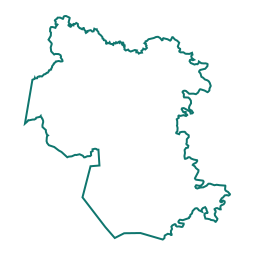 the district of Adansi South, Ashanti, Ghana, rotated 271°
{"feature_id": "2480657B97463209696641", "entity_name": "Adansi South", "entity_type": "district", "adm_level": 2, "iso_a3": "GHA", "parent_name": "Ghana", "parent_adm1": "Ashanti", "projection": "robinson", "projection_center": [-1.341, 6.005], "detail": "fine", "context": "isolated", "style": "outline", "palette": "teal", "viewbox_px": 256, "rotation_deg": 271, "n_neighbors": 0, "source": "geoboundaries", "source_scale": "gbopen_adm2", "svg_char_len": 5857}
<svg xmlns="http://www.w3.org/2000/svg" viewBox="0 0 256 256"><g transform="rotate(271 128 128)"><path d="M21.0,173.2L22.6,173.5L23.7,172.8L25.8,172.7L27.8,173.8L30.1,173.1L31.4,174.1L32.6,176.2L32.6,177.0L32.2,177.4L31.1,177.5L30.3,178.7L30.5,180.7L30.0,183.2L30.2,184.2L32.5,185.4L33.4,185.3L33.9,180.9L35.0,180.0L36.1,180.4L37.2,181.5L36.8,184.4L39.0,190.5L39.7,190.5L40.5,191.7L42.1,191.8L43.6,193.4L46.2,194.1L48.6,196.4L49.0,197.6L48.8,198.8L47.0,200.3L45.6,203.5L46.4,203.1L47.9,203.2L49.2,204.3L50.2,206.5L48.7,207.6L47.1,208.0L45.0,209.0L44.4,208.8L44.3,207.4L43.8,206.4L42.3,205.9L38.8,207.0L38.6,209.4L38.1,211.6L37.5,212.5L37.2,215.0L36.7,216.2L35.8,216.9L35.7,217.3L37.6,218.7L38.8,219.0L42.0,216.5L43.6,216.2L45.2,217.0L46.5,217.1L48.0,216.0L48.5,216.0L49.3,217.3L49.5,218.5L48.2,221.4L48.3,222.1L50.5,221.7L51.7,222.0L52.4,222.8L53.4,225.0L55.0,226.0L56.3,225.9L57.1,224.4L56.9,223.6L55.6,223.2L55.4,222.5L55.9,221.6L56.6,221.4L59.3,222.9L60.4,224.4L62.3,225.9L62.6,228.0L62.2,229.8L63.0,230.9L63.6,231.1L65.9,229.0L66.8,227.1L67.6,226.4L68.7,226.1L71.8,226.4L72.1,226.2L72.4,220.5L72.8,217.7L72.3,215.3L73.7,211.3L73.7,209.4L71.7,207.6L70.0,204.3L69.7,201.1L68.7,198.3L69.2,197.0L70.6,196.3L72.0,197.2L71.4,200.2L71.8,202.1L73.1,203.5L74.8,204.4L75.9,204.5L76.7,203.8L77.5,197.1L77.8,196.4L78.9,195.8L85.5,199.1L87.1,199.2L89.2,196.5L90.8,195.5L92.2,193.4L93.1,194.0L94.6,196.8L96.3,197.8L97.0,197.6L97.6,194.3L98.5,191.7L99.5,190.7L99.9,189.6L99.7,188.6L99.0,188.0L98.2,186.1L98.3,185.4L100.9,184.9L104.0,185.4L107.0,185.0L109.0,186.3L109.4,188.2L110.3,188.5L111.4,188.6L112.6,186.8L113.3,186.6L114.3,187.0L117.8,187.0L120.0,188.9L121.8,188.8L123.3,186.4L124.0,185.7L124.5,185.6L125.2,184.7L125.1,181.9L124.6,180.1L122.7,179.2L123.6,176.4L124.4,176.3L125.6,177.4L128.9,177.6L131.4,176.9L132.3,177.2L135.8,177.1L137.6,176.6L139.1,178.6L140.8,178.1L141.4,178.7L141.0,180.4L141.8,183.2L141.0,185.8L142.0,187.0L142.5,186.7L143.4,185.1L144.0,184.9L144.9,185.5L145.1,184.9L144.7,183.5L144.9,183.0L147.8,181.3L148.6,181.7L148.9,183.0L148.7,183.9L145.8,189.2L145.3,189.8L143.5,190.4L143.8,192.1L144.5,192.7L146.6,191.3L147.3,189.5L148.9,188.6L150.9,189.0L153.8,190.6L156.4,190.4L158.5,189.0L159.5,187.7L159.6,183.6L160.4,183.2L162.8,183.3L164.9,181.9L165.6,182.2L166.1,182.9L166.3,184.2L166.0,185.4L163.3,188.6L163.5,192.8L163.0,195.3L164.5,197.3L167.8,199.1L168.0,199.8L166.8,203.9L165.2,206.8L165.4,207.3L166.9,208.7L168.8,208.8L171.5,210.0L174.4,209.0L175.9,208.1L177.0,206.7L177.9,204.0L179.6,202.2L180.5,200.5L183.8,199.5L185.4,198.1L186.3,198.3L187.3,199.2L188.6,204.2L191.2,206.3L193.2,206.5L193.7,205.8L194.0,204.3L193.9,202.6L194.1,200.1L195.7,197.7L194.1,197.4L193.0,196.4L193.1,195.0L192.6,193.3L194.1,189.6L195.9,188.4L197.1,188.8L197.5,189.7L196.9,191.7L197.4,192.9L198.9,190.7L200.7,190.0L201.8,190.3L202.4,191.2L204.3,190.7L203.2,188.2L203.2,184.8L203.4,183.9L204.6,182.2L204.6,179.2L205.2,178.1L205.8,177.9L207.0,178.8L208.1,178.7L209.0,177.1L210.4,176.4L214.2,177.7L216.2,175.6L217.2,173.5L219.6,171.2L219.5,170.6L216.5,169.2L216.1,168.6L217.4,166.1L218.4,161.8L218.0,161.3L216.5,161.0L216.3,160.4L218.7,158.3L219.7,156.4L219.5,154.5L218.4,152.2L217.1,147.0L215.3,145.3L215.0,144.1L213.7,143.7L213.2,143.1L212.7,144.3L211.9,144.0L210.8,145.1L209.7,144.7L208.4,145.5L206.8,143.9L207.6,141.9L206.6,141.6L205.4,140.1L203.6,140.7L203.4,139.1L202.6,137.5L203.8,136.7L203.8,135.0L204.4,134.9L205.7,135.5L206.1,133.5L204.5,129.4L205.2,127.8L206.4,126.8L205.5,124.4L206.5,123.1L208.0,123.2L209.1,122.5L209.8,123.3L210.8,123.1L210.9,121.5L212.6,122.0L213.2,121.5L212.2,120.4L213.4,120.0L213.5,118.9L214.4,118.4L214.2,117.8L213.0,117.8L213.6,116.8L212.8,115.7L213.5,114.6L212.3,114.1L212.8,112.5L210.8,111.8L211.0,111.3L211.8,111.1L211.7,109.7L212.0,108.7L213.4,108.1L212.4,107.3L212.8,106.2L212.5,105.5L211.9,105.2L212.1,104.6L214.3,104.6L215.1,103.9L215.4,102.3L216.7,101.9L217.0,101.0L218.4,100.8L220.0,99.5L222.0,97.0L223.5,96.7L225.1,95.3L226.1,95.0L225.8,94.5L226.7,92.6L224.1,91.9L223.8,90.6L225.1,89.1L225.1,88.6L224.3,85.9L223.5,85.9L222.3,84.3L222.9,83.9L224.2,83.9L225.3,82.7L227.2,82.0L227.2,81.6L225.9,80.5L226.2,79.6L226.9,79.0L227.0,77.9L229.0,76.2L231.2,76.0L232.1,74.4L231.0,73.2L231.1,72.0L229.6,71.7L229.7,71.1L230.5,71.0L229.8,69.2L228.5,69.3L228.2,68.6L229.5,66.7L229.9,66.7L231.0,68.2L231.8,67.2L232.7,66.8L237.0,67.8L237.4,67.4L238.9,64.1L238.7,62.4L238.2,61.8L236.1,61.2L236.0,60.9L237.2,58.2L237.1,55.7L236.0,55.0L234.8,53.3L234.1,53.0L233.0,53.9L230.7,53.7L230.2,54.0L230.4,55.4L230.2,55.7L227.9,54.0L227.0,53.8L226.8,53.5L227.2,52.8L227.7,50.3L227.5,49.2L226.2,48.5L223.2,48.4L222.1,49.3L218.9,49.2L214.9,47.0L211.6,50.0L210.7,50.3L207.1,49.3L203.2,49.9L200.2,52.9L200.8,54.1L200.7,57.4L199.7,59.2L198.4,59.8L197.2,59.5L195.0,61.1L193.8,61.4L193.5,61.1L193.3,59.7L193.8,57.6L193.2,54.7L192.8,54.7L191.2,52.7L190.8,52.8L188.4,51.0L187.4,51.0L185.8,50.1L185.1,50.1L184.9,49.2L184.1,48.5L184.2,48.0L182.7,47.4L181.8,46.7L181.7,45.6L180.8,44.9L180.3,44.0L180.3,43.3L178.0,41.0L178.2,40.1L178.2,38.8L177.8,38.6L177.9,37.6L177.4,36.7L176.2,36.3L176.0,34.0L176.3,33.9L175.4,33.6L174.6,31.6L130.6,24.9L133.0,27.5L134.1,28.2L134.0,29.2L134.8,32.6L134.8,34.2L135.6,35.6L136.7,36.1L137.6,39.7L138.5,40.5L137.5,40.7L137.0,41.5L136.0,41.8L135.6,42.3L133.8,43.0L132.4,43.1L129.4,42.4L127.5,42.5L124.5,45.9L122.7,46.0L119.8,47.1L119.2,48.1L118.5,47.3L117.2,47.0L113.5,46.8L111.6,47.4L109.4,49.2L107.7,54.6L104.3,59.2L102.9,61.9L97.7,67.8L98.3,69.1L98.7,72.3L100.2,75.5L100.1,76.9L100.9,80.1L99.5,83.3L97.9,84.6L97.9,85.4L99.1,87.9L99.2,90.6L100.1,91.6L103.3,91.3L104.3,93.1L106.1,92.9L106.7,95.4L106.5,96.6L105.9,97.3L105.8,98.8L90.0,100.1L89.1,91.2L57.9,83.7L28.6,107.0L17.8,116.7L22.7,126.0L23.2,142.3L17.1,164.7L18.5,166.3L21.1,166.6L22.9,169.6L22.3,172.8L21.0,173.2Z" fill="none" stroke="#0f766e" stroke-width="2"/></g></svg>